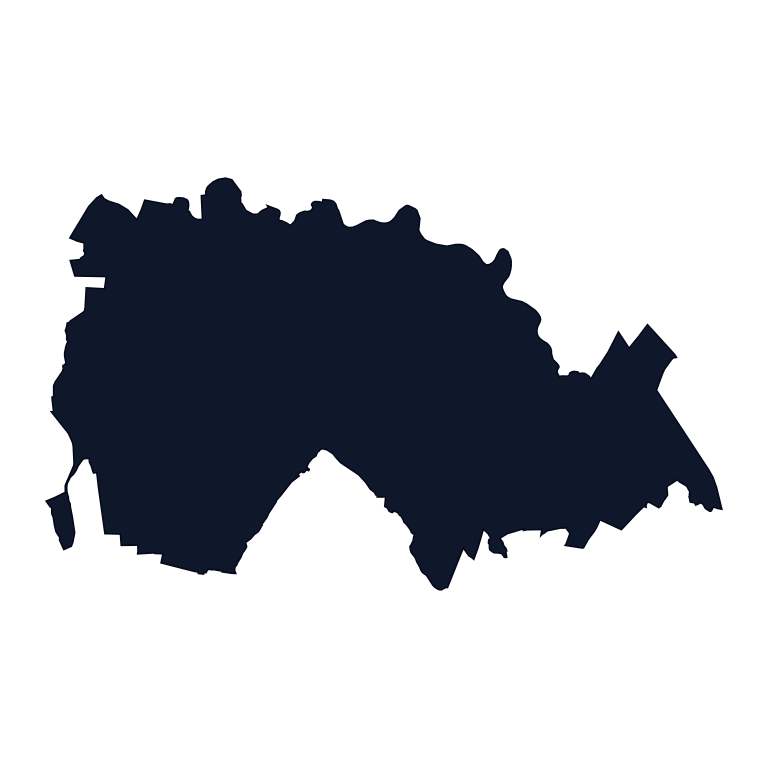 the district of Udesti, Suceava, Romania
{"feature_id": "2599482B53238071469954", "entity_name": "Udesti", "entity_type": "district", "adm_level": 2, "iso_a3": "ROU", "parent_name": "Romania", "parent_adm1": "Suceava", "projection": "orthographic", "projection_center": [26.408, 47.571], "detail": "fine", "context": "isolated", "style": "filled", "palette": "ink", "viewbox_px": 768, "rotation_deg": 0, "n_neighbors": 0, "source": "geoboundaries", "source_scale": "gbopen_adm2", "svg_char_len": 6039}
<svg xmlns="http://www.w3.org/2000/svg" viewBox="0 0 768 768"><path d="M547.3,530.8L560.5,528.1L564.5,528.1L565.5,527.5L569.5,532.7L569.7,534.0L566.2,543.7L565.1,545.4L582.7,548.1L583.6,547.7L588.5,539.0L593.7,532.2L596.7,527.4L600.0,519.8L621.4,529.7L635.6,514.5L643.8,506.5L646.2,507.3L645.9,506.0L647.0,502.6L649.3,502.3L658.8,507.7L660.1,506.8L660.7,506.3L663.8,500.3L664.6,499.6L667.6,495.1L667.0,487.8L667.1,486.5L677.4,479.8L679.2,481.7L686.4,486.0L687.2,487.1L689.5,491.3L689.7,492.4L689.3,494.2L690.5,494.7L689.0,496.2L690.2,502.1L694.7,502.9L695.6,505.1L698.9,503.8L699.9,502.7L702.6,503.8L705.4,508.5L709.5,511.2L711.1,511.1L712.0,509.9L712.7,507.7L714.5,507.4L717.7,508.5L721.9,509.3L716.6,487.5L713.0,477.3L708.5,469.4L656.5,390.2L662.6,373.5L664.7,369.0L671.7,359.4L673.2,358.0L676.5,357.4L674.9,354.7L647.5,324.6L638.7,336.3L629.1,348.1L618.4,331.9L608.1,352.1L600.1,364.5L597.2,368.1L591.0,378.9L588.9,376.1L585.0,373.5L582.2,373.1L579.0,373.5L578.2,372.2L577.5,371.8L574.4,371.4L572.4,371.6L570.1,372.7L569.7,373.2L569.1,375.3L567.8,376.1L561.9,376.0L559.1,376.4L557.2,372.5L557.1,371.2L557.7,369.4L558.9,367.4L558.9,366.3L558.2,364.9L556.6,363.0L553.1,359.6L551.5,353.8L551.4,350.6L550.8,348.2L549.5,346.0L546.9,343.2L543.1,341.0L539.6,338.2L538.0,336.0L537.1,333.4L536.9,330.5L537.7,326.7L539.9,322.2L540.6,319.6L540.3,317.5L538.7,314.4L535.5,310.5L526.6,304.1L522.1,301.8L510.9,299.1L507.9,297.5L505.5,295.2L503.3,291.0L502.2,287.8L502.2,285.8L504.0,282.2L508.3,276.7L509.4,274.3L510.6,270.1L511.2,266.0L511.2,261.2L510.7,258.6L507.8,251.6L504.3,249.1L503.0,248.8L500.6,249.5L499.4,250.8L497.3,254.6L495.1,259.6L492.7,262.5L489.4,264.5L487.4,264.9L485.9,264.6L482.9,262.1L479.0,256.1L475.5,252.8L472.0,249.7L465.7,245.8L462.5,244.7L459.3,244.4L455.6,244.5L447.6,246.1L445.8,246.0L436.0,244.3L426.9,240.8L424.8,239.5L423.7,238.3L420.7,234.4L419.2,231.4L418.7,229.9L419.9,218.4L416.9,210.4L415.1,208.8L408.1,205.5L406.7,205.5L405.2,206.2L399.4,210.4L394.5,217.9L391.8,220.5L389.2,222.3L386.3,223.1L383.0,223.2L379.9,222.7L373.2,220.2L368.8,220.4L365.8,221.1L356.5,225.9L352.6,227.3L349.0,227.5L346.5,226.8L343.2,224.4L338.5,210.4L337.3,208.7L335.9,204.2L334.6,202.5L333.7,201.5L330.4,200.2L322.9,199.5L322.4,202.5L319.2,201.7L315.0,201.5L313.1,202.2L311.7,203.8L311.5,205.0L312.7,206.9L312.4,208.7L310.8,210.6L307.9,211.5L304.4,211.3L299.6,213.0L296.8,215.1L294.9,220.8L290.5,225.4L286.5,222.9L281.7,220.7L279.0,220.4L278.9,218.1L279.9,214.5L280.0,212.3L279.3,210.8L277.9,209.6L267.2,205.6L268.5,207.6L263.0,210.0L260.7,211.5L257.9,214.1L253.5,214.3L252.0,213.8L245.9,210.4L242.4,204.5L240.5,202.2L240.7,200.4L240.4,198.0L241.1,195.2L240.7,191.7L231.8,179.7L225.6,178.1L218.3,179.3L213.2,181.8L208.3,186.0L206.9,187.9L205.8,191.2L205.7,192.9L206.0,194.9L201.3,195.7L202.4,219.0L201.9,219.5L198.2,219.5L195.3,218.8L192.0,216.3L190.3,213.6L189.6,211.8L188.0,210.7L187.9,210.0L188.6,206.3L188.6,203.4L188.2,201.4L187.0,199.7L183.5,198.1L178.9,197.7L176.5,198.0L175.4,198.9L173.0,204.8L169.9,203.9L166.5,204.2L144.7,200.1L141.4,209.5L136.9,219.7L127.7,209.8L118.8,204.4L109.0,201.3L104.3,198.9L101.5,194.9L96.6,197.9L88.7,206.5L69.8,237.9L76.7,240.9L82.8,242.6L84.1,242.5L84.1,248.9L83.7,250.8L84.0,251.6L84.8,251.9L84.9,252.8L84.4,255.6L81.0,257.8L79.8,259.6L70.2,260.5L74.8,276.0L106.2,276.6L104.5,288.8L86.2,287.8L85.1,307.5L84.3,311.4L70.7,320.7L68.6,322.7L68.0,323.8L67.5,323.4L67.4,322.3L66.2,328.2L65.3,330.5L66.4,333.9L66.8,335.8L66.6,339.7L68.2,342.0L67.2,342.8L65.9,346.3L64.6,352.8L64.6,356.2L65.9,363.2L64.3,364.9L63.1,365.3L62.8,366.8L63.4,368.3L62.3,371.5L55.3,381.8L53.6,385.6L53.6,397.0L52.1,396.9L52.0,398.5L53.5,411.6L51.2,411.7L68.4,433.4L72.5,442.5L73.2,446.2L74.0,462.7L73.8,465.4L65.7,484.3L65.2,485.7L65.3,492.3L55.0,497.4L46.1,501.1L50.0,506.6L51.7,508.0L51.7,513.6L53.3,517.5L54.5,525.6L55.9,531.5L58.1,535.2L59.7,537.2L59.5,540.1L63.8,549.6L71.4,546.2L72.9,542.1L74.7,532.7L72.4,517.2L70.4,507.0L70.2,503.9L68.7,500.7L68.4,497.4L67.0,492.0L66.7,488.3L66.9,485.2L67.5,482.9L70.2,477.5L73.7,474.0L76.3,470.1L78.2,465.9L82.5,459.8L84.3,458.6L89.1,458.5L89.4,462.2L91.1,465.6L93.1,472.2L93.7,473.1L96.5,472.5L96.9,473.9L98.5,487.8L104.9,533.7L120.4,534.1L121.2,545.4L137.8,545.2L138.0,550.7L137.6,553.9L154.4,552.9L154.7,553.5L162.9,553.8L161.0,562.9L193.1,571.1L198.2,572.1L198.3,573.5L203.7,574.1L204.1,572.4L206.1,572.7L207.0,570.8L208.5,569.2L212.1,569.9L212.3,569.4L222.4,571.2L222.2,571.9L230.8,573.2L235.8,573.5L234.8,570.9L234.6,569.8L235.3,565.6L236.5,565.6L237.3,563.2L241.0,557.2L242.9,552.5L244.3,550.9L246.5,547.3L246.6,546.1L245.9,543.8L245.8,542.3L250.5,539.0L254.6,534.3L257.6,532.3L259.8,529.5L261.8,525.6L262.3,525.2L261.9,524.3L266.7,517.8L268.8,513.2L276.0,502.2L276.7,500.2L280.8,495.5L291.4,482.0L299.2,476.0L298.0,473.8L302.1,471.5L302.8,472.6L304.3,472.3L306.5,469.8L308.7,470.7L309.3,469.3L306.7,467.1L308.7,462.8L312.4,458.4L315.9,456.0L317.5,452.3L319.0,451.2L320.7,449.2L322.9,448.8L327.0,449.9L333.1,453.9L335.9,457.6L340.5,462.6L358.7,474.8L365.7,482.4L370.3,489.2L374.8,492.7L375.5,494.8L377.0,494.9L377.1,497.0L382.6,497.1L385.2,496.6L385.4,498.9L384.7,506.5L387.3,507.9L389.2,511.3L391.5,512.4L392.6,512.5L393.7,511.0L397.6,512.5L399.5,515.2L401.1,516.2L403.3,520.1L403.8,522.0L406.4,524.5L408.7,527.5L410.7,530.5L411.3,532.4L412.8,533.7L414.4,534.4L413.5,537.5L413.1,540.6L411.1,544.9L409.9,546.6L410.4,550.1L411.3,552.7L415.2,557.7L416.9,562.1L419.6,566.8L421.3,570.9L422.6,572.7L426.5,575.4L432.8,585.2L435.0,587.4L438.4,589.5L441.3,589.9L446.0,587.4L447.5,587.6L463.3,548.0L468.7,555.7L471.8,557.6L473.8,559.4L477.8,548.4L483.4,529.3L488.0,533.6L490.4,537.6L490.2,538.7L488.7,539.9L488.4,542.9L489.4,544.5L489.4,547.8L489.7,549.5L490.1,550.1L493.7,552.7L499.5,553.1L501.9,553.7L504.2,557.2L505.8,557.6L506.8,557.2L505.8,551.3L506.8,551.0L506.0,548.5L503.6,545.3L502.8,542.3L499.9,538.3L507.3,533.7L523.0,529.0L523.4,530.5L526.9,529.8L540.5,529.6L541.8,529.2L540.8,535.7L542.2,534.2L544.2,533.2L547.3,530.8Z" fill="#0f172a" stroke="#020617" stroke-width="1.5"/></svg>